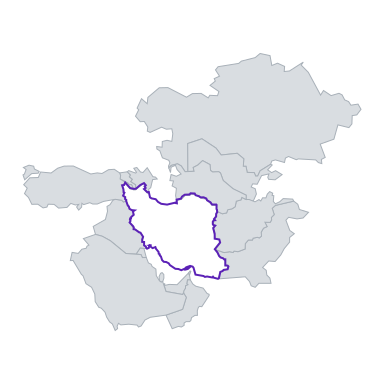 map of Iran with Kazakhstan, Uzbekistan, United Arab Emirates and 11 others greyed out
{"feature_id": "IRN", "entity_name": "Iran", "entity_type": "country or territory", "adm_level": 0, "iso_a3": "IRN", "parent_name": "Asia", "parent_adm1": "", "projection": "mercator", "projection_center": [53.162, 32.435], "detail": "medium", "context": "with_neighbors", "style": "outline", "palette": "violet", "viewbox_px": 384, "rotation_deg": 0, "n_neighbors": 14, "source": "natural_earth", "source_scale": "50m", "svg_char_len": 9646}
<svg xmlns="http://www.w3.org/2000/svg" viewBox="0 0 384 384"><path d="M361.0,109.3L356.8,114.9L352.2,115.6L351.9,123.9L348.9,127.6L337.9,124.9L333.9,139.2L320.2,144.1L325.2,157.4L321.4,159.4L321.8,163.6L318.4,162.6L315.7,159.9L298.3,158.9L296.3,159.7L288.5,156.5L285.4,158.1L284.5,162.5L275.4,159.9L271.8,161.0L270.6,164.3L260.1,170.8L257.7,176.0L255.7,176.1L254.2,172.6L247.2,172.4L246.0,166.3L243.3,166.3L243.8,158.8L237.2,153.3L221.2,155.0L216.0,148.1L201.9,138.8L187.7,143.5L187.9,171.4L185.1,171.7L181.2,165.9L177.5,163.8L171.3,165.4L168.8,167.9L168.5,166.1L169.9,162.9L168.8,160.3L162.4,157.8L159.9,150.9L156.9,149.0L156.7,146.5L162.1,147.2L162.3,141.5L167.0,140.3L171.8,141.4L172.8,133.7L171.8,128.8L166.3,129.2L161.6,127.2L150.1,132.4L147.3,131.1L147.8,127.0L144.3,121.5L140.2,121.7L135.5,116.2L138.7,109.8L137.1,108.1L141.5,98.7L147.2,103.7L147.9,97.4L159.2,87.8L167.9,87.6L186.5,97.2L192.4,93.6L201.1,93.4L208.2,97.9L209.8,95.3L217.5,95.7L218.9,91.5L210.0,85.4L215.3,81.1L214.2,78.6L219.5,76.2L215.5,69.9L218.1,66.7L238.7,63.4L241.4,61.1L255.2,57.6L260.1,53.5L270.0,55.6L271.8,65.5L277.5,63.2L284.6,66.4L284.2,71.5L289.4,71.0L303.3,62.1L301.2,65.1L308.3,72.3L320.6,95.1L323.5,90.5L331.1,95.6L339.0,93.3L342.1,94.9L344.7,99.9L348.6,101.6L350.9,105.2L358.0,104.1L361.0,109.3Z" fill="#d9dde1" stroke="#a8b0b8" stroke-width="1"/><path d="M187.9,171.4L187.7,143.5L201.9,138.8L216.0,148.1L221.2,155.0L237.2,153.3L243.8,158.8L243.3,166.3L246.0,166.3L247.2,172.4L254.2,172.6L255.7,176.1L257.7,176.0L260.1,170.8L270.6,164.3L272.2,165.0L267.6,169.8L271.6,172.6L275.6,170.7L282.1,174.6L275.1,179.8L268.6,179.3L267.8,177.3L268.9,173.9L261.6,175.6L257.2,184.2L252.6,183.9L251.2,187.0L255.2,188.7L256.4,194.0L253.3,201.0L246.1,199.5L246.2,195.2L233.1,188.8L223.2,180.5L220.5,173.0L218.7,171.7L212.7,172.0L210.6,170.5L210.0,164.6L202.6,160.6L197.9,165.0L193.2,167.5L194.1,171.3L187.9,171.4Z" fill="#d9dde1" stroke="#a8b0b8" stroke-width="1"/><path d="M163.7,284.0L164.7,283.7L164.9,285.4L169.2,284.4L177.1,284.7L188.5,273.0L189.5,275.1L190.3,279.9L187.5,279.9L187.0,283.8L188.0,284.7L185.5,285.9L185.5,288.3L182.6,294.5L166.0,291.5L163.7,284.0Z" fill="#d9dde1" stroke="#a8b0b8" stroke-width="1"/><path d="M159.5,280.9L159.1,276.5L160.6,273.3L162.1,272.6L163.8,274.5L163.9,278.1L162.7,281.7L161.2,282.1L159.5,280.9Z" fill="#d9dde1" stroke="#a8b0b8" stroke-width="1"/><path d="M143.9,248.5L146.3,257.5L142.4,257.6L141.0,254.6L136.1,254.0L140.2,247.9L143.9,248.5Z" fill="#d9dde1" stroke="#a8b0b8" stroke-width="1"/><path d="M95.5,234.4L93.2,226.4L105.4,219.5L107.5,211.4L107.0,206.4L110.0,204.7L112.8,200.4L115.2,199.3L121.6,200.2L123.6,202.0L126.2,200.8L129.8,209.0L133.4,211.0L133.8,215.0L131.0,217.3L129.8,222.5L133.6,228.8L140.3,232.4L143.2,237.3L142.3,242.0L144.0,242.0L144.1,245.4L147.1,248.8L140.2,247.9L136.1,254.0L125.9,253.5L110.3,240.7L102.1,236.2L95.5,234.4Z" fill="#d9dde1" stroke="#a8b0b8" stroke-width="1"/><path d="M183.7,293.2L183.9,290.8L185.5,288.3L185.5,285.9L188.0,284.7L187.0,283.8L187.5,279.9L190.3,279.9L192.8,284.0L195.8,286.2L203.1,288.1L207.1,293.5L209.1,294.3L209.1,295.6L201.8,306.7L199.3,306.4L198.2,307.8L197.3,310.8L197.4,315.4L194.9,315.4L191.5,317.6L190.9,320.4L189.7,321.6L186.2,321.6L184.1,323.0L184.1,325.4L181.4,327.0L178.4,326.4L172.2,328.7L166.0,315.1L182.6,309.3L186.3,297.4L183.7,293.2ZM189.5,275.1L188.5,273.0L190.1,270.9L190.8,271.4L189.5,275.1Z" fill="#d9dde1" stroke="#a8b0b8" stroke-width="1"/><path d="M308.5,212.3L303.1,218.0L297.0,218.9L288.6,217.3L285.9,220.2L289.8,230.5L294.3,233.7L289.6,237.5L289.6,242.1L284.3,248.5L280.8,254.9L275.1,261.5L268.7,261.0L262.6,267.5L266.2,270.3L266.8,275.0L269.9,278.1L271.0,283.3L258.9,283.3L255.2,287.3L251.2,285.8L249.5,281.5L245.3,276.8L218.4,278.9L220.5,271.8L228.4,268.7L228.0,265.8L225.3,264.8L225.2,259.3L219.9,256.6L215.0,249.4L224.2,252.6L229.7,251.7L233.0,252.5L234.1,251.1L238.0,251.7L245.1,249.0L245.3,243.6L248.4,240.0L252.5,240.0L253.1,238.2L257.3,237.3L259.4,237.9L261.5,236.1L261.2,232.2L263.5,228.2L267.1,226.6L264.9,222.2L270.1,222.4L271.6,220.0L271.4,217.4L274.2,214.6L272.2,208.3L275.4,205.4L293.7,201.1L297.8,204.3L299.4,209.5L308.5,212.3Z" fill="#d9dde1" stroke="#a8b0b8" stroke-width="1"/><path d="M246.1,199.5L249.1,199.5L255.0,201.8L259.0,199.6L260.8,201.0L262.6,197.8L265.9,197.9L267.3,194.1L269.7,191.6L272.7,193.2L272.1,195.4L273.8,195.7L273.3,201.5L275.4,203.8L279.8,201.7L283.2,198.6L292.7,199.1L293.7,201.1L275.4,205.4L272.2,208.3L274.2,214.6L271.4,217.4L271.6,220.0L270.1,222.4L264.9,222.2L267.1,226.6L263.5,228.2L261.2,232.2L261.5,236.1L259.4,237.9L257.3,237.3L253.1,238.2L252.5,240.0L248.4,240.0L245.3,243.6L245.1,249.0L238.0,251.7L234.1,251.1L233.0,252.5L229.7,251.7L224.2,252.6L215.0,249.4L220.0,243.6L219.5,239.5L215.3,238.4L213.1,229.0L215.5,225.4L213.1,224.5L216.8,211.2L222.4,213.8L226.6,212.9L227.7,209.8L232.1,208.8L235.2,206.7L236.3,201.2L241.0,199.9L241.8,197.4L246.1,199.5Z" fill="#d9dde1" stroke="#a8b0b8" stroke-width="1"/><path d="M168.8,167.9L171.3,165.4L177.5,163.8L181.2,165.9L185.1,171.7L194.1,171.3L193.2,167.5L197.9,165.0L202.6,160.6L210.0,164.6L210.6,170.5L212.7,172.0L218.7,171.7L220.5,173.0L223.2,180.5L233.1,188.8L246.2,195.2L246.1,199.5L241.8,197.4L241.0,199.9L236.3,201.2L235.2,206.7L232.1,208.8L227.7,209.8L226.6,212.9L222.4,213.8L216.8,211.2L216.3,205.5L212.2,205.3L205.9,199.1L201.5,198.4L195.4,194.8L191.5,194.2L189.1,195.5L185.4,195.3L181.5,199.3L176.6,200.6L175.6,195.7L176.4,188.3L172.1,185.9L173.5,181.0L169.9,180.6L171.1,174.5L176.3,176.3L181.1,174.0L177.1,169.6L175.5,165.3L171.1,167.2L170.5,172.6L168.8,167.9Z" fill="#d9dde1" stroke="#a8b0b8" stroke-width="1"/><path d="M135.8,189.6L133.8,189.8L131.5,184.6L129.1,184.6L127.5,182.7L120.1,179.0L120.6,175.5L119.6,172.9L127.3,171.8L130.5,175.0L129.4,176.8L132.4,179.3L130.8,181.6L135.6,184.7L135.8,189.6Z" fill="#d9dde1" stroke="#a8b0b8" stroke-width="1"/><path d="M126.2,200.8L123.6,202.0L121.6,200.2L115.2,199.3L103.6,201.4L97.3,204.0L92.7,204.0L89.8,202.7L83.7,204.6L81.9,203.3L81.6,207.1L78.7,210.1L76.6,207.0L78.7,204.4L75.4,205.0L70.8,203.4L67.0,207.4L58.6,208.1L54.1,204.4L48.2,204.2L46.9,207.1L43.1,207.9L37.8,204.2L31.8,204.3L28.5,197.5L24.5,193.6L27.2,188.1L23.7,184.7L29.8,177.8L38.3,177.5L40.6,172.0L51.1,173.0L57.7,168.2L64.1,166.1L73.3,166.0L90.8,174.0L97.2,172.9L102.0,173.5L108.5,169.7L114.3,169.3L119.6,172.9L120.6,175.5L120.1,179.0L126.3,182.9L122.5,185.0L124.3,193.1L123.2,195.2L126.2,200.8ZM23.4,167.5L29.0,165.2L33.7,166.2L34.4,169.0L39.2,171.4L38.2,173.2L31.7,173.6L24.7,179.8L23.0,174.9L24.4,174.1L26.1,169.5L23.4,167.5Z" fill="#d9dde1" stroke="#a8b0b8" stroke-width="1"/><path d="M133.8,168.3L136.8,167.5L140.5,172.0L143.0,172.5L147.2,167.7L152.9,176.7L155.5,177.1L157.2,179.0L152.6,179.6L150.7,187.7L148.7,189.3L148.9,192.8L147.5,193.2L144.1,189.5L146.0,186.0L144.3,183.9L142.3,184.4L135.8,189.6L135.6,184.7L130.8,181.6L132.4,179.3L129.4,176.8L130.5,175.0L127.3,171.8L128.7,170.6L135.7,173.1L136.5,172.3L133.8,168.3ZM133.8,189.8L130.0,188.9L127.2,185.6L126.3,182.9L127.5,182.7L129.1,184.6L131.5,184.6L133.8,189.8Z" fill="#d9dde1" stroke="#a8b0b8" stroke-width="1"/><path d="M72.1,252.4L78.2,253.4L81.9,249.2L86.1,248.3L87.0,246.2L88.9,245.1L83.4,238.6L95.5,234.4L102.1,236.2L110.3,240.7L125.9,253.5L141.0,254.6L142.4,257.6L146.3,257.5L148.4,262.9L151.2,264.3L152.1,266.5L155.9,269.1L156.3,275.7L159.5,280.9L161.2,282.1L162.7,281.7L166.0,291.5L182.6,294.5L183.7,293.2L186.3,297.4L182.6,309.3L166.0,315.1L150.2,317.3L145.0,320.0L141.1,326.0L138.5,327.0L137.1,325.1L128.7,324.2L120.8,324.9L118.5,323.3L117.1,326.2L117.6,328.6L115.2,330.5L112.4,324.0L109.6,321.9L106.6,317.0L105.1,312.3L101.3,308.2L98.8,307.3L95.2,301.6L94.8,294.0L91.6,287.3L86.0,283.7L83.0,275.7L81.4,274.4L73.1,260.5L70.3,260.6L72.1,252.4Z" fill="#d9dde1" stroke="#a8b0b8" stroke-width="1"/><path d="M176.6,199.6L180.9,198.7L182.0,196.6L184.7,194.7L189.6,194.5L190.5,193.3L194.7,193.5L195.6,195.2L199.0,196.2L200.6,197.4L203.6,197.3L206.3,198.5L207.1,200.3L210.5,202.3L212.0,204.5L216.3,204.5L216.6,204.9L216.5,209.0L217.0,209.8L217.2,212.2L216.2,213.8L216.1,216.6L214.1,218.9L215.0,220.2L213.7,220.3L212.8,221.7L212.8,224.2L213.3,225.0L215.2,225.6L213.2,228.0L214.7,233.8L214.7,238.7L219.3,239.5L220.1,242.5L214.8,249.2L217.4,252.3L219.1,256.0L220.6,257.5L223.1,258.3L224.3,259.5L225.3,259.4L225.3,265.5L227.6,265.6L228.4,266.4L227.6,269.3L223.6,269.9L222.5,271.1L220.3,271.9L218.9,278.2L217.9,278.8L213.8,277.7L213.0,276.7L212.3,277.5L207.1,276.5L204.9,276.9L203.5,276.0L195.5,274.6L193.5,267.7L192.6,266.6L190.1,265.9L186.2,267.3L184.9,268.6L181.3,270.2L178.4,269.0L175.4,268.8L169.9,265.1L168.7,263.3L166.2,262.0L163.8,261.8L162.1,260.1L160.9,256.4L159.8,255.5L159.8,254.3L158.7,253.7L158.6,252.0L156.0,248.8L155.4,247.1L152.6,248.1L149.5,245.9L150.6,245.9L150.7,245.3L149.5,245.1L148.8,247.9L147.0,248.6L146.4,248.1L145.8,246.5L144.1,245.4L144.1,242.0L142.2,241.9L142.2,239.3L143.1,236.8L140.5,232.7L139.2,232.4L135.1,229.4L133.6,229.2L133.8,227.4L133.1,226.2L129.6,222.5L130.5,220.9L129.9,219.5L130.2,218.4L131.0,218.5L131.2,217.0L133.7,214.8L132.9,211.5L134.5,210.4L131.7,210.1L129.5,208.8L128.8,206.4L127.8,205.6L126.2,201.1L126.3,200.0L125.1,199.0L125.2,197.1L123.1,195.7L124.4,192.7L123.6,192.3L123.4,189.2L122.1,185.3L124.1,185.0L125.2,182.5L130.1,188.0L133.9,188.9L136.0,188.7L140.3,185.0L144.0,183.1L145.8,185.2L144.6,186.3L145.6,187.9L144.0,189.0L147.3,192.2L148.8,192.0L150.0,197.4L151.6,198.4L155.7,199.2L158.0,201.9L161.2,203.8L167.1,204.6L175.8,202.5L176.6,202.5L175.3,203.0L176.9,203.3L176.6,199.6ZM189.6,267.4L187.8,269.0L184.9,269.7L184.2,269.4L186.8,268.3L186.8,267.5L189.6,267.4Z" fill="none" stroke="#5b21b6" stroke-width="2"/></svg>